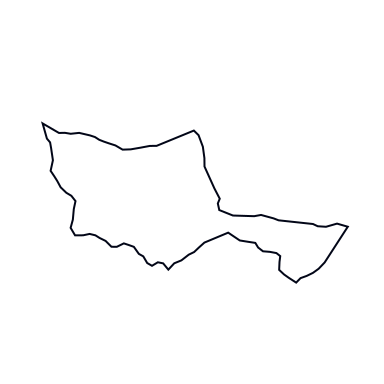 Tenório, Paraíba, Brazil (orthographic projection), rotated 64°
{"feature_id": "56859067B37048912753214", "entity_name": "Tenório", "entity_type": "district", "adm_level": 2, "iso_a3": "BRA", "parent_name": "Brazil", "parent_adm1": "Paraíba", "projection": "orthographic", "projection_center": [-36.622, -6.947], "detail": "fine", "context": "isolated", "style": "outline", "palette": "ink", "viewbox_px": 384, "rotation_deg": 64, "n_neighbors": 0, "source": "geoboundaries", "source_scale": "gbopen_adm2", "svg_char_len": 1267}
<svg xmlns="http://www.w3.org/2000/svg" viewBox="0 0 384 384"><g transform="rotate(64 192 192)"><path d="M143.8,161.2L137.6,163.4L135.0,203.6L132.1,209.7L129.6,218.8L126.8,228.4L123.5,235.8L116.6,240.4L111.7,245.5L108.0,249.2L104.4,252.5L100.1,255.1L96.4,258.9L89.4,267.5L86.5,275.5L83.1,280.3L80.6,285.7L64.9,296.2L80.4,299.0L85.2,297.8L90.8,299.4L102.5,303.1L111.0,309.8L117.4,308.9L123.0,308.3L130.2,308.0L137.6,305.3L142.5,302.1L149.1,300.7L155.5,305.7L164.6,311.2L171.0,316.8L179.7,316.1L183.2,308.8L184.8,302.4L188.6,297.8L192.8,295.2L198.1,291.1L205.9,288.4L208.3,283.6L208.3,275.8L211.9,272.1L215.8,268.3L224.3,266.9L228.5,264.0L236.2,263.4L240.8,260.3L240.2,253.5L243.5,249.2L251.4,247.3L248.3,239.2L248.8,231.5L246.9,222.4L246.9,216.4L245.0,210.4L242.9,203.0L244.4,177.3L256.5,170.3L261.0,163.9L265.5,157.4L270.9,156.9L276.4,154.2L279.9,148.3L283.9,142.9L288.3,140.8L293.2,144.0L300.2,147.8L306.5,145.4L311.6,142.6L319.1,138.1L317.0,132.2L317.7,125.7L317.7,118.7L316.5,111.8L313.5,103.7L291.5,67.2L284.0,75.5L282.0,86.8L277.9,94.0L273.8,97.3L255.4,126.6L251.5,130.2L242.9,140.0L241.0,146.7L231.1,165.5L220.2,175.4L213.6,173.8L210.2,170.0L198.6,170.3L174.6,169.6L167.0,166.0L156.1,162.4L143.8,161.2Z" fill="none" stroke="#020617" stroke-width="2"/></g></svg>